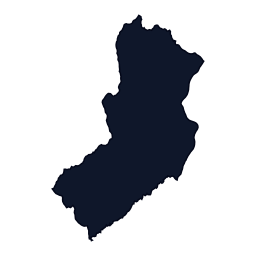 Brasília de Minas, Minas Gerais, Brazil
{"feature_id": "56859067B44310993838483", "entity_name": "Brasília de Minas", "entity_type": "district", "adm_level": 2, "iso_a3": "BRA", "parent_name": "Brazil", "parent_adm1": "Minas Gerais", "projection": "equal_earth", "projection_center": [-44.453, -16.238], "detail": "fine", "context": "isolated", "style": "filled", "palette": "ink", "viewbox_px": 256, "rotation_deg": 0, "n_neighbors": 0, "source": "geoboundaries", "source_scale": "gbopen_adm2", "svg_char_len": 5654}
<svg xmlns="http://www.w3.org/2000/svg" viewBox="0 0 256 256"><path d="M90.9,239.1L91.2,237.2L92.9,236.3L94.5,236.5L95.7,236.1L96.2,234.2L97.0,233.1L98.0,233.1L99.3,232.1L100.6,232.5L100.7,230.5L101.5,229.4L102.6,229.6L103.1,228.5L104.2,228.0L105.2,227.2L106.1,226.2L106.4,225.0L107.4,226.0L108.4,225.4L109.7,225.6L110.0,223.8L110.8,224.8L111.7,223.8L112.7,223.0L113.2,221.3L114.4,220.9L115.9,220.6L117.3,220.5L118.6,219.5L119.8,218.5L121.1,217.8L122.5,217.8L123.2,216.1L124.6,215.4L125.7,214.3L126.4,213.3L127.2,211.8L128.6,211.1L129.6,209.9L130.6,208.3L131.3,206.8L132.0,205.1L132.8,204.0L133.9,203.8L133.9,202.5L134.6,201.3L136.5,201.7L137.6,201.0L138.2,199.9L139.0,199.4L139.9,198.8L141.0,198.5L141.8,199.3L142.6,197.4L142.8,195.3L143.8,194.6L145.1,195.6L146.2,194.8L147.0,193.5L148.0,194.7L149.1,194.6L150.1,194.8L150.8,193.9L151.2,191.9L151.8,190.2L152.8,189.5L154.5,188.4L155.6,187.5L156.4,188.1L157.2,187.2L157.5,185.8L157.8,184.1L159.2,183.6L160.0,182.8L160.8,182.0L161.9,183.2L162.9,182.6L163.8,181.0L163.2,179.8L164.1,179.3L165.1,178.4L166.2,177.2L167.4,177.0L167.8,175.9L169.0,176.4L170.2,177.1L171.4,176.2L172.7,176.1L173.8,176.7L174.7,178.1L175.9,179.4L177.1,180.0L177.4,178.5L177.7,177.3L178.6,176.2L179.8,175.0L180.8,174.0L181.3,172.3L181.7,170.8L182.3,169.3L182.6,168.0L182.8,166.5L183.4,164.9L184.2,163.5L184.6,162.4L185.1,161.1L185.9,160.2L186.4,158.8L187.3,157.1L187.9,155.9L188.8,154.6L189.7,153.3L190.5,152.0L191.3,151.1L192.1,150.1L192.9,149.2L193.6,147.8L194.2,146.1L194.5,144.7L194.6,143.1L194.7,141.9L194.4,140.0L193.9,138.2L193.9,136.9L194.2,135.6L194.5,134.2L195.2,132.8L196.0,131.2L196.8,130.1L197.5,128.9L198.0,127.2L197.7,125.3L196.9,124.0L196.0,123.1L194.6,122.3L193.2,121.8L191.5,121.2L190.6,120.9L189.7,120.5L188.8,120.0L187.7,118.9L186.5,117.5L186.0,116.0L185.4,114.4L184.7,113.1L184.3,111.9L183.8,110.6L183.4,109.2L183.0,107.4L182.4,106.3L181.7,105.4L180.9,103.9L181.2,102.3L182.0,100.7L182.9,99.6L183.8,98.6L184.7,97.8L185.6,96.8L186.3,95.7L187.0,94.7L187.6,93.1L188.1,91.4L188.5,89.8L188.6,88.0L188.8,85.9L188.9,84.2L189.2,82.7L189.7,81.0L190.7,78.9L191.7,77.1L192.5,75.9L193.4,74.7L194.8,73.7L196.2,72.8L197.6,71.6L198.5,70.0L199.1,68.5L199.6,67.3L200.5,66.2L201.2,65.1L202.2,63.7L202.9,62.5L203.7,61.2L202.8,60.5L202.2,59.4L201.3,58.2L200.1,56.8L198.8,55.9L197.9,55.3L196.8,54.8L195.8,53.8L194.9,53.0L193.9,53.2L192.7,53.8L191.5,53.9L190.5,53.9L189.5,53.7L188.0,53.2L186.6,52.3L185.3,51.2L184.5,50.7L183.5,50.3L182.5,49.7L181.7,49.2L180.7,48.1L179.7,46.6L178.9,45.4L177.8,44.8L176.6,45.0L175.6,44.3L175.1,42.9L175.6,41.1L174.4,40.6L173.4,41.2L172.8,39.6L172.0,38.6L171.5,37.4L171.2,35.6L170.4,34.6L170.3,32.9L170.4,31.5L169.6,30.3L168.1,31.1L166.7,30.9L166.0,29.7L164.7,28.9L163.2,29.5L162.3,29.2L161.4,28.6L160.3,28.3L159.4,27.7L158.7,26.7L157.7,25.3L156.2,25.2L154.6,26.0L153.8,27.9L152.4,29.0L151.6,30.3L150.6,30.0L149.4,29.7L148.1,30.2L147.0,30.4L146.1,29.8L144.9,29.2L144.1,27.8L143.3,28.5L142.1,27.7L141.3,26.5L141.3,25.0L140.7,23.3L140.8,22.0L140.9,20.7L141.6,19.4L141.0,18.2L141.0,16.9L140.0,16.1L138.8,15.4L137.9,16.9L137.1,18.0L136.3,19.0L135.2,19.9L134.2,20.2L133.0,21.3L132.5,22.9L131.4,23.7L130.0,24.3L128.7,24.3L127.3,24.2L126.2,23.8L125.0,24.2L124.1,25.0L123.8,26.4L123.3,27.8L122.7,28.9L121.9,30.6L120.6,31.5L119.8,32.6L119.7,34.1L119.1,35.1L118.2,36.0L117.8,37.6L117.4,38.9L117.4,40.6L116.6,41.9L116.3,43.4L116.1,44.8L116.2,46.3L116.5,47.9L117.3,49.8L117.4,51.8L117.0,53.2L117.7,54.7L118.2,56.3L118.3,57.7L118.0,59.2L118.3,60.5L119.0,61.6L119.2,62.9L119.4,64.7L119.4,66.7L119.6,68.5L119.7,70.0L119.4,71.5L120.2,72.6L120.7,75.0L121.0,76.6L120.8,78.0L120.9,79.4L121.2,80.9L121.1,82.2L120.3,83.5L119.4,84.8L119.0,85.9L118.6,87.1L118.9,88.3L119.6,89.9L119.4,91.5L118.5,92.8L117.5,93.6L116.9,94.5L116.2,95.3L115.1,95.4L114.1,96.1L112.8,96.2L112.1,95.5L111.3,94.5L110.4,93.7L109.4,93.6L108.3,93.5L107.3,94.3L106.2,95.5L105.2,96.9L104.6,98.0L104.0,98.9L103.3,99.7L102.6,100.7L102.3,102.2L102.8,103.9L103.4,105.4L103.9,106.8L104.8,108.1L105.2,110.3L105.5,112.3L106.2,113.2L107.0,114.3L107.5,115.8L107.3,117.4L107.0,118.9L106.5,120.2L106.9,121.8L107.3,123.1L107.7,124.3L108.4,125.7L109.1,127.2L109.4,128.5L109.6,129.8L109.9,131.3L110.9,132.2L111.5,133.0L112.1,134.2L112.3,136.0L112.4,137.7L111.7,139.0L110.5,139.2L109.8,140.0L109.3,141.5L108.6,143.0L108.0,144.2L107.0,144.7L106.0,145.5L104.9,145.5L103.7,145.4L102.4,145.3L101.5,144.7L100.2,145.3L98.9,146.3L98.1,147.6L97.3,148.6L96.8,149.7L95.8,150.0L95.0,151.4L94.3,152.8L93.2,152.2L92.4,153.6L91.5,154.2L90.1,154.6L88.7,154.7L87.4,155.8L86.0,156.4L85.1,157.6L84.3,159.1L84.0,160.8L83.2,162.0L82.7,163.2L81.7,163.5L80.7,164.4L79.4,165.4L78.1,165.9L77.1,165.9L75.7,165.7L74.8,166.4L73.9,167.0L72.8,167.2L71.6,166.6L71.0,167.7L70.2,169.3L68.9,169.1L67.7,169.5L66.3,169.5L65.3,169.2L64.2,169.3L64.0,171.4L63.7,172.7L63.3,173.8L62.5,174.7L61.5,175.2L60.5,175.4L59.7,176.9L58.5,178.2L58.2,179.7L57.8,180.8L56.7,181.7L56.2,182.8L56.0,184.2L55.4,185.1L54.7,186.4L54.0,188.2L52.3,188.9L53.4,190.3L54.2,191.5L55.0,192.4L56.0,193.5L57.3,194.1L58.2,194.5L59.1,195.0L60.2,195.4L61.5,195.6L62.3,196.4L62.7,197.8L62.6,199.8L62.8,201.6L63.5,203.0L64.1,204.2L64.9,205.0L65.8,206.3L66.6,207.6L67.6,207.3L68.6,206.5L69.6,207.2L70.5,207.5L71.7,206.6L72.9,205.4L73.9,206.6L74.6,207.9L75.1,209.1L74.6,210.6L74.4,212.7L75.1,214.7L75.3,217.3L75.5,218.9L76.2,219.9L77.0,220.8L77.7,221.7L78.6,222.8L79.9,223.7L81.0,224.6L81.9,225.2L83.0,225.7L84.1,226.1L86.0,225.9L87.4,225.8L87.8,227.6L88.3,229.2L88.8,230.4L88.8,232.1L88.8,233.9L89.2,235.9L89.1,237.7L89.4,238.9L90.9,239.1ZM90.9,239.1L91.4,240.6L92.3,240.2L90.9,239.1Z" fill="#0f172a" stroke="#020617" stroke-width="1.5"/></svg>